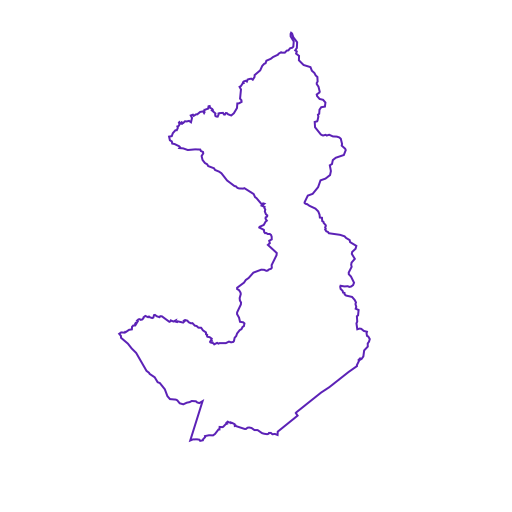 São Miguel do Guaporé, Rondônia, Brazil, rotated 52°
{"feature_id": "56859067B22214144966300", "entity_name": "São Miguel do Guaporé", "entity_type": "district", "adm_level": 2, "iso_a3": "BRA", "parent_name": "Brazil", "parent_adm1": "Rondônia", "projection": "albers", "projection_center": [-63.108, -11.621], "detail": "fine", "context": "isolated", "style": "outline", "palette": "violet", "viewbox_px": 512, "rotation_deg": 52, "n_neighbors": 0, "source": "geoboundaries", "source_scale": "gbopen_adm2", "svg_char_len": 6147}
<svg xmlns="http://www.w3.org/2000/svg" viewBox="0 0 512 512"><g transform="rotate(52 256 256)"><path d="M410.3,349.2L407.8,347.0L407.4,321.5L404.2,321.3L404.0,320.2L403.7,288.7L404.5,279.1L404.4,254.4L404.9,244.2L404.1,243.7L402.0,239.3L401.1,239.2L400.8,237.2L401.9,237.4L402.1,236.1L401.2,233.2L397.0,228.9L396.2,223.7L393.7,221.8L393.1,219.7L391.5,217.5L388.6,217.1L387.3,217.7L385.0,216.5L384.0,215.2L381.4,217.2L378.2,217.9L377.0,219.0L376.1,221.3L370.9,218.3L370.0,216.6L365.6,213.6L365.6,212.1L361.7,208.4L358.9,209.9L357.8,208.3L355.1,207.2L354.1,205.8L351.4,205.3L347.4,205.5L342.6,209.4L340.9,209.8L339.6,209.0L338.4,209.9L336.7,209.2L334.1,209.6L332.1,208.6L331.5,207.7L334.4,205.1L336.3,202.3L337.8,201.5L338.6,199.9L338.7,197.4L337.4,195.2L330.7,193.8L327.5,194.1L326.1,193.1L323.4,187.3L321.5,186.4L320.0,184.7L319.1,179.9L313.3,179.2L312.0,177.7L311.6,173.1L309.8,170.7L303.0,173.3L301.1,172.4L297.3,173.9L295.0,174.1L291.1,176.7L282.9,184.6L281.4,184.5L279.8,185.4L277.7,185.2L277.5,184.3L276.0,183.9L275.3,182.4L274.5,182.1L271.6,182.3L270.6,181.8L269.2,182.3L266.5,180.5L265.0,182.0L262.6,180.5L259.2,179.5L255.2,180.0L249.3,183.0L246.5,183.8L246.1,184.4L244.4,185.1L243.6,184.7L240.3,178.0L241.9,173.1L240.0,164.7L236.1,158.6L237.8,153.6L237.8,147.8L235.2,144.7L230.0,142.0L230.3,139.5L227.7,136.4L227.7,132.6L230.5,124.6L227.8,120.1L226.4,119.7L221.8,120.5L220.7,119.2L215.8,117.0L213.8,117.4L211.7,118.8L209.1,121.8L205.5,123.7L204.6,126.1L203.4,126.5L202.3,129.0L201.1,129.7L200.1,130.1L190.9,130.2L186.5,127.2L187.5,124.9L187.2,124.2L184.5,121.0L182.8,120.2L182.8,118.6L179.8,115.9L178.9,113.0L180.7,109.7L177.8,106.8L174.2,107.0L171.4,109.2L167.6,109.4L166.1,108.7L166.2,105.3L165.7,104.6L161.0,102.5L158.0,102.3L157.1,101.7L156.4,100.0L152.7,97.4L150.5,97.8L147.7,97.3L144.4,97.9L140.7,96.8L134.8,100.9L128.2,101.7L124.8,98.9L121.2,99.8L119.9,97.9L118.1,98.5L117.2,95.7L112.9,92.0L106.5,91.9L102.9,90.6L101.7,90.9L102.3,92.0L104.3,93.5L110.2,94.2L114.0,97.7L114.2,99.2L113.3,101.2L113.9,103.9L113.1,105.3L113.5,108.1L111.6,110.6L110.9,110.8L110.5,113.7L110.9,114.7L109.7,120.1L109.7,123.0L108.5,127.6L110.0,129.8L109.6,131.2L110.0,134.0L112.3,138.4L112.6,145.7L114.0,146.9L115.1,150.0L113.4,150.5L112.4,152.3L111.8,154.0L112.9,155.8L111.6,156.2L110.9,158.2L111.1,159.2L112.1,159.3L111.8,160.3L112.8,163.2L112.6,164.8L115.5,165.3L122.2,171.7L124.3,171.6L125.7,172.5L125.2,175.5L124.3,176.8L127.7,179.9L129.9,185.6L130.0,189.0L127.1,190.8L125.5,191.0L124.8,191.7L125.4,193.5L124.8,194.1L122.9,193.9L120.9,196.9L120.6,197.8L121.5,198.4L122.6,200.4L122.0,201.1L120.9,201.8L119.6,201.3L118.7,200.2L114.2,201.1L114.3,200.1L113.2,200.0L110.9,200.9L109.3,200.2L108.8,201.2L110.4,203.0L109.3,206.2L109.9,207.8L108.1,211.3L108.2,215.1L107.5,215.9L107.2,218.8L105.8,218.7L105.1,220.9L107.8,221.4L110.6,224.9L108.3,225.6L107.3,227.8L106.1,229.0L106.4,231.4L105.2,232.1L106.2,232.9L105.7,233.6L103.3,233.9L103.5,234.7L104.7,234.9L105.6,236.0L105.9,237.1L105.5,238.2L106.9,238.7L108.1,241.0L107.3,242.1L108.0,245.9L109.7,248.6L108.4,251.0L111.8,252.6L113.9,251.8L115.8,252.8L117.7,251.2L122.4,248.9L123.5,248.9L123.8,249.9L126.4,247.1L130.5,244.5L134.5,238.3L137.8,234.4L139.3,234.8L141.4,233.7L142.7,234.4L143.7,237.3L147.4,239.0L151.3,239.0L153.7,238.0L155.7,238.3L161.0,235.1L163.0,235.3L166.7,233.2L169.5,232.3L178.7,232.3L187.7,229.9L188.6,229.0L190.9,228.7L192.4,227.7L195.0,224.6L195.4,223.4L205.7,219.7L209.1,220.5L210.5,220.0L218.2,219.7L218.9,218.9L218.9,218.0L219.9,217.3L219.9,220.5L222.6,219.0L223.2,219.8L225.1,220.1L226.3,221.6L229.2,222.5L230.9,222.1L231.7,222.9L231.5,224.6L232.4,225.5L234.8,225.7L234.8,227.2L236.3,230.8L235.2,235.2L235.6,235.9L240.2,233.7L242.2,234.8L243.6,234.8L244.2,233.8L245.9,233.2L247.1,231.6L248.7,231.2L250.5,231.8L252.6,233.4L252.1,236.2L254.4,237.2L254.6,239.8L266.4,237.8L268.0,239.3L272.8,249.3L275.0,250.8L275.3,251.9L274.5,254.6L274.7,255.8L274.0,257.0L271.9,258.1L270.0,260.3L267.5,268.3L268.8,275.4L268.6,278.8L269.6,281.8L269.4,290.4L270.4,291.2L272.5,290.4L275.2,290.7L276.6,291.4L279.1,294.8L281.2,296.1L283.4,296.4L284.9,297.8L288.8,305.6L290.1,306.7L294.1,307.3L298.0,309.1L300.4,306.9L302.0,306.6L303.8,308.7L303.6,310.2L304.7,312.5L304.4,314.5L305.4,318.6L306.9,320.9L307.3,323.2L309.4,325.7L309.7,326.8L308.7,328.8L306.8,330.0L306.1,333.4L302.2,338.4L301.9,339.6L300.5,340.1L299.9,343.3L298.5,343.3L296.1,345.1L295.4,345.1L294.7,343.5L295.4,342.9L294.3,342.6L293.9,341.8L291.4,342.5L289.7,344.0L288.6,343.8L288.0,343.0L286.8,343.5L285.4,342.5L281.9,343.6L278.8,343.4L277.0,345.5L274.6,345.9L273.2,347.1L269.8,347.4L269.0,348.7L266.8,349.8L264.7,349.9L262.8,351.3L262.6,352.5L263.4,352.4L263.6,354.4L259.2,358.0L259.5,358.8L257.9,360.0L257.3,359.0L256.8,361.4L254.3,362.8L254.8,363.7L254.5,364.8L245.6,367.3L244.5,368.5L244.8,369.7L242.4,371.3L240.2,371.9L239.8,372.8L241.3,374.8L241.0,376.0L238.9,377.4L237.8,377.6L237.8,378.7L235.1,380.1L235.1,382.4L235.7,383.0L236.0,384.7L235.3,386.2L234.2,386.5L233.6,387.6L233.7,389.5L234.7,389.4L235.3,391.2L234.6,391.9L235.0,392.8L235.8,392.3L236.4,393.9L235.2,395.6L235.5,397.3L237.4,399.0L236.0,401.5L235.8,405.2L235.2,405.8L235.6,406.6L233.2,409.3L233.1,411.7L235.7,411.6L237.4,412.7L246.2,410.9L252.3,410.9L258.6,410.1L279.1,413.0L282.1,412.2L283.4,412.4L289.2,410.5L294.9,411.2L296.9,410.0L304.9,409.9L311.9,412.1L315.8,411.9L319.8,407.6L321.2,406.9L325.1,406.8L328.1,404.6L329.0,400.8L330.3,398.2L330.7,395.9L333.5,392.8L335.2,392.5L337.0,391.2L337.5,387.5L360.9,421.4L361.7,418.6L364.2,415.3L365.9,413.7L367.3,413.8L367.8,412.8L368.5,411.3L367.9,410.7L367.4,407.6L366.5,407.1L368.3,403.4L370.9,400.3L371.0,397.9L369.6,392.4L370.2,391.6L368.3,389.9L370.2,387.8L370.4,387.0L369.9,383.5L370.3,382.1L369.3,382.1L369.1,380.3L370.9,379.5L371.4,378.4L372.3,378.6L372.8,377.6L375.3,376.4L376.8,377.3L377.0,376.4L377.7,376.5L385.3,371.4L386.1,370.4L386.1,368.4L386.9,367.0L388.8,365.4L392.2,364.4L394.2,361.9L399.3,360.3L401.1,359.0L403.3,356.9L403.8,355.6L403.4,354.7L404.6,353.2L406.6,352.8L407.8,350.7L410.3,349.2ZM109.9,207.8L111.0,208.0L111.4,208.9L110.6,208.8L109.9,207.8Z" fill="none" stroke="#5b21b6" stroke-width="2"/></g></svg>